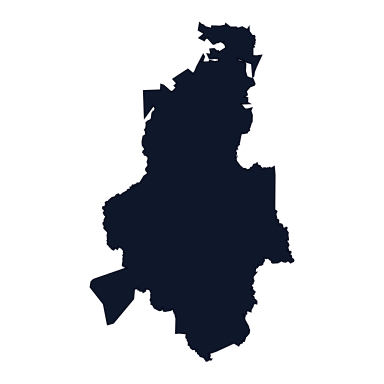 Mezquital, Durango, Mexico
{"feature_id": "50627088B27978292872391", "entity_name": "Mezquital", "entity_type": "district", "adm_level": 2, "iso_a3": "MEX", "parent_name": "Mexico", "parent_adm1": "Durango", "projection": "robinson", "projection_center": [-104.475, 23.057], "detail": "fine", "context": "isolated", "style": "filled", "palette": "ink", "viewbox_px": 384, "rotation_deg": 0, "n_neighbors": 0, "source": "geoboundaries", "source_scale": "gbopen_adm2", "svg_char_len": 6018}
<svg xmlns="http://www.w3.org/2000/svg" viewBox="0 0 384 384"><path d="M256.2,66.6L261.4,55.4L256.5,56.1L252.7,55.8L252.6,48.4L253.1,47.2L254.2,46.8L252.8,44.3L254.6,44.0L254.4,43.2L254.9,42.4L254.5,41.1L255.2,40.1L254.3,38.1L254.8,36.7L254.2,35.6L253.0,35.8L251.2,35.0L250.9,33.7L249.1,31.7L248.9,27.4L247.3,29.9L242.2,27.0L237.3,28.7L236.6,27.3L230.3,27.3L225.8,23.8L225.4,25.4L219.8,26.4L211.9,26.1L211.6,28.6L205.3,27.0L203.0,24.9L201.6,24.7L199.7,23.0L198.5,30.1L203.8,33.1L203.9,34.1L199.2,37.9L204.3,40.5L205.6,38.2L207.7,37.9L213.1,44.0L214.4,43.9L216.4,42.6L218.7,42.3L220.0,41.2L222.3,42.3L223.6,42.1L223.2,42.8L225.1,44.6L226.0,47.8L218.6,52.5L218.3,50.9L216.7,51.1L214.2,48.8L210.0,49.2L210.9,52.9L210.4,54.6L207.4,54.0L209.6,58.7L213.0,58.5L214.9,57.7L215.0,58.3L218.6,58.6L218.8,60.9L215.0,61.9L210.4,60.7L209.6,60.8L209.7,62.0L204.4,62.3L202.4,61.7L204.3,56.7L203.2,54.7L196.7,67.1L195.2,71.0L193.3,73.9L187.9,69.4L173.1,79.1L177.0,83.3L174.4,85.7L176.5,87.5L172.2,91.9L170.2,91.2L163.6,85.4L161.0,84.5L160.8,90.2L143.7,90.8L144.6,117.5L153.5,105.3L155.4,108.6L154.3,111.4L153.2,111.4L152.9,112.7L152.2,113.0L151.5,118.6L150.7,119.9L147.2,121.5L147.0,122.4L146.2,122.6L146.4,125.3L145.8,128.4L144.7,129.9L145.4,130.7L146.0,134.6L143.3,136.3L142.3,141.5L142.5,145.2L144.9,148.8L144.8,150.1L143.7,150.6L142.8,152.2L143.9,153.1L144.5,154.9L146.0,155.1L148.0,156.8L148.3,159.2L147.3,161.8L148.1,164.2L148.0,165.8L147.8,166.7L147.0,167.1L145.8,168.9L146.1,170.7L147.7,172.3L147.5,173.9L144.1,176.2L139.9,183.1L137.1,183.3L136.4,184.6L135.4,184.5L134.2,185.5L134.1,186.2L133.2,185.1L132.5,185.2L131.7,187.1L130.3,187.3L130.9,189.1L127.8,189.7L126.9,191.3L122.9,193.3L121.3,195.0L119.5,195.4L118.3,194.1L116.4,195.0L115.3,196.8L111.9,197.8L108.9,200.5L108.3,201.7L106.7,201.7L105.5,202.5L105.6,203.5L106.2,203.7L106.3,205.0L105.5,205.1L104.9,207.2L103.2,206.8L102.8,207.5L102.9,208.6L104.2,209.5L104.7,210.6L103.5,213.0L104.6,215.0L105.7,215.7L105.9,216.9L104.4,219.6L104.4,221.7L103.2,223.0L103.2,223.9L105.2,227.1L104.9,227.8L104.1,227.6L104.2,228.4L107.7,232.0L107.9,233.8L107.3,234.9L107.7,239.8L107.2,240.6L107.8,242.0L107.4,243.6L107.6,244.4L109.0,245.3L109.7,246.8L111.0,247.1L111.1,248.1L112.4,249.3L113.6,249.8L115.1,247.8L117.4,249.2L118.7,246.5L121.9,248.3L124.0,251.2L123.5,252.7L124.6,253.1L123.0,255.3L123.7,256.7L123.0,258.9L123.3,260.3L122.5,265.2L123.0,265.9L127.2,267.9L93.5,279.6L91.2,281.9L90.4,287.1L103.6,303.9L107.6,324.5L113.3,322.9L133.4,298.8L134.2,289.0L138.0,288.3L138.0,289.6L138.6,289.5L140.1,290.9L142.8,291.0L143.2,292.3L145.4,290.9L145.3,288.9L148.4,289.1L150.4,290.2L150.5,291.7L151.5,292.7L150.9,294.5L151.1,298.0L150.3,299.7L151.2,302.0L151.8,302.4L151.1,304.0L152.8,304.9L154.4,307.9L159.3,310.4L160.9,310.2L162.6,307.8L163.6,310.9L164.9,311.2L170.6,310.2L172.8,308.7L173.3,309.4L173.6,311.1L174.4,312.2L174.2,312.9L175.0,313.3L175.1,314.2L175.7,314.7L175.4,315.7L176.2,318.5L175.8,333.2L179.3,332.9L186.6,333.6L186.0,337.2L186.8,338.6L187.7,339.2L187.4,340.4L188.5,341.9L188.5,345.1L189.5,344.9L190.9,348.0L192.8,349.4L195.2,349.2L195.6,349.5L195.9,351.3L197.1,350.6L197.8,353.5L199.5,354.7L200.3,356.3L203.8,357.3L206.3,361.0L207.7,360.7L208.9,359.5L211.0,359.9L211.5,359.2L210.3,359.1L209.2,357.2L208.7,357.3L208.7,356.8L209.9,356.2L210.1,355.3L209.5,354.5L208.7,354.6L208.6,353.6L216.0,351.1L234.0,342.8L238.6,345.6L239.5,343.8L239.5,344.2L239.9,343.5L241.3,343.1L240.8,342.7L241.1,342.2L241.7,342.8L242.3,342.2L242.4,340.3L242.6,341.2L243.9,341.3L244.5,340.8L244.1,339.6L245.1,338.9L245.5,336.5L246.3,336.3L248.9,333.3L249.4,330.6L248.1,326.1L244.7,320.0L244.4,317.9L244.8,316.6L244.1,316.5L243.4,315.3L244.3,315.8L245.8,314.5L246.6,313.3L245.9,313.0L246.4,311.4L247.5,310.5L250.9,311.6L250.8,309.9L253.0,306.0L253.1,304.5L254.7,303.1L256.6,303.7L256.7,301.4L255.3,299.7L254.3,299.3L253.6,296.7L252.4,296.4L252.1,295.3L254.0,294.0L254.1,293.1L254.9,292.0L252.4,289.6L250.7,289.6L250.9,288.8L252.3,288.4L252.6,287.8L251.0,285.4L251.3,284.4L252.9,283.6L252.8,282.8L253.8,281.0L252.8,277.9L253.2,276.2L256.3,272.5L255.1,272.6L255.0,271.8L255.5,268.1L257.2,267.5L258.7,265.3L261.5,264.9L262.6,264.1L262.6,263.0L264.1,260.9L264.1,259.7L263.5,258.5L264.8,257.9L266.4,258.4L267.1,257.8L269.2,258.6L269.7,259.5L270.9,259.9L271.9,261.6L271.8,262.3L272.8,262.9L277.9,262.6L281.6,260.5L283.3,261.6L285.6,262.0L288.1,260.4L290.6,262.7L293.5,261.2L293.6,259.9L292.7,258.9L291.5,258.9L291.0,258.2L291.5,257.1L291.2,255.7L290.8,255.4L290.3,255.8L289.6,254.2L289.7,253.4L290.8,252.8L290.6,251.6L289.6,251.7L287.3,250.5L288.3,249.9L287.5,247.6L288.7,245.0L287.8,242.9L286.2,240.9L286.3,239.9L288.0,240.0L288.3,239.5L287.6,234.4L288.1,232.9L286.0,229.8L287.0,228.0L286.2,227.4L284.9,228.4L282.8,228.1L282.6,226.8L282.0,226.5L282.5,225.5L282.2,225.0L281.0,224.0L279.1,224.0L278.3,222.5L278.5,220.3L277.8,219.5L276.2,219.3L275.9,218.5L276.4,217.6L275.6,214.0L276.7,211.4L274.5,209.7L274.8,175.0L274.1,166.7L271.7,168.2L270.7,168.3L269.6,167.5L268.2,168.5L267.5,168.0L265.8,169.0L265.3,168.0L263.7,168.1L263.0,169.2L262.1,169.4L261.6,168.9L261.6,167.8L260.2,167.2L260.3,166.4L259.8,166.3L259.7,165.7L258.1,165.8L257.0,163.1L256.2,164.0L253.8,164.6L252.6,167.1L250.9,167.6L249.7,169.5L246.4,170.1L245.7,168.8L243.2,168.7L239.9,165.9L236.4,161.2L235.8,158.6L236.2,157.7L235.4,158.3L235.1,157.7L236.2,154.0L236.3,152.6L235.4,151.7L235.4,150.4L236.0,149.9L235.8,148.8L236.6,148.3L237.2,148.7L236.7,146.3L237.8,145.9L237.8,145.4L239.2,144.4L238.7,143.6L239.2,143.1L240.8,134.5L242.4,132.8L243.2,133.4L247.1,132.7L247.8,131.3L249.4,130.2L248.8,128.5L249.6,127.7L251.1,122.8L251.9,121.7L252.1,115.1L250.6,110.8L251.7,108.1L247.8,109.2L244.9,109.2L240.5,103.8L249.2,103.5L247.4,102.5L247.5,97.9L244.1,97.2L247.2,94.7L246.0,91.3L249.9,86.7L254.3,85.0L254.8,83.8L252.8,79.0L246.9,77.0L245.2,71.0L245.6,63.9L244.5,62.7L238.2,60.8L237.6,59.4L238.0,58.7L237.7,59.0L237.5,58.1L245.0,61.5L251.8,63.6L252.9,76.8L253.6,76.0L254.2,71.8L256.2,66.6Z" fill="#0f172a" stroke="#020617" stroke-width="1.5"/></svg>